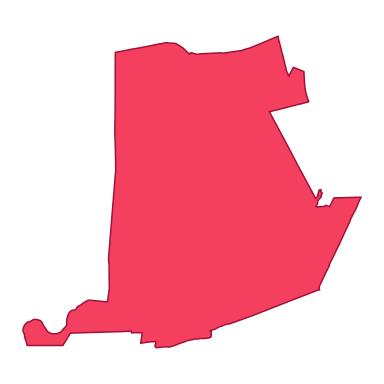 Teslui, Olt, Romania
{"feature_id": "2599482B32514865350694", "entity_name": "Teslui", "entity_type": "district", "adm_level": 2, "iso_a3": "ROU", "parent_name": "Romania", "parent_adm1": "Olt", "projection": "robinson", "projection_center": [24.367, 44.554], "detail": "fine", "context": "isolated", "style": "filled", "palette": "rose", "viewbox_px": 384, "rotation_deg": 0, "n_neighbors": 0, "source": "geoboundaries", "source_scale": "gbopen_adm2", "svg_char_len": 5754}
<svg xmlns="http://www.w3.org/2000/svg" viewBox="0 0 384 384"><path d="M319.5,290.0L319.3,289.2L319.3,288.3L319.2,287.4L319.2,287.0L319.3,286.7L320.0,285.1L320.8,283.3L321.7,281.6L323.6,277.3L324.8,275.0L325.4,273.4L326.7,271.0L327.7,269.0L328.3,267.8L328.9,266.8L329.4,265.6L329.6,263.9L330.3,262.4L331.9,259.5L335.5,252.0L336.5,249.8L338.0,246.9L338.6,245.8L339.1,244.8L339.6,244.0L339.8,243.3L339.9,242.7L340.7,241.1L342.1,238.2L343.2,235.7L344.8,232.3L346.3,229.1L347.4,226.8L349.8,221.6L350.3,220.2L350.7,219.2L351.1,218.3L352.6,215.1L353.9,212.7L355.5,209.8L355.7,209.3L356.2,208.2L357.0,206.6L357.5,205.1L358.6,202.4L358.9,201.8L361.0,197.2L334.0,197.9L333.1,199.5L332.7,200.2L331.7,202.5L329.6,206.6L328.4,206.1L326.0,205.3L325.6,205.8L325.1,205.8L324.8,206.1L324.7,206.4L319.0,206.7L316.1,206.9L316.1,206.6L316.1,206.0L316.5,205.2L317.0,204.8L317.3,204.1L317.6,203.2L317.6,202.8L317.7,202.2L317.7,201.7L317.9,201.1L318.0,200.7L318.3,200.4L318.6,199.7L318.9,199.4L319.3,198.9L319.9,198.4L320.4,198.0L320.7,197.5L321.1,197.0L321.2,196.7L321.2,196.2L321.2,195.5L321.4,195.1L321.4,194.8L321.6,194.4L321.9,193.8L322.2,193.2L322.1,192.8L321.9,192.5L321.7,192.3L321.5,192.2L321.2,191.8L321.2,191.6L321.0,191.4L320.8,191.1L320.5,190.7L320.6,190.4L320.9,190.2L321.2,189.9L321.7,189.7L321.3,189.8L320.7,189.8L319.3,189.9L319.1,190.2L319.0,190.8L318.3,192.8L318.2,193.4L318.1,194.0L317.8,194.7L317.7,195.1L317.5,196.2L317.3,196.6L317.1,196.9L315.6,198.4L298.2,166.0L289.0,148.4L269.4,111.7L279.0,109.4L285.6,107.7L290.6,106.4L306.5,102.4L308.0,102.0L308.5,101.9L308.7,101.7L308.7,101.3L308.7,101.1L308.6,100.9L307.7,98.9L307.5,98.4L306.1,93.4L305.7,92.1L305.2,89.1L304.7,85.2L304.5,81.8L304.0,73.4L303.9,71.8L303.9,71.6L300.4,70.1L298.7,69.5L297.1,68.7L293.3,67.4L290.3,73.3L289.8,73.8L289.6,74.0L289.7,74.3L289.3,74.9L289.2,75.3L289.0,75.5L288.9,75.9L288.5,75.5L288.1,74.7L287.9,74.2L287.6,73.4L287.2,72.8L287.0,72.2L286.8,71.3L286.6,70.8L286.3,70.0L285.4,65.9L285.1,64.9L284.8,63.6L284.6,63.1L284.4,62.3L284.2,61.3L283.9,60.0L283.6,58.9L283.4,57.9L283.3,57.2L282.8,55.2L282.3,53.7L282.2,53.4L282.1,53.0L281.5,50.9L281.2,49.1L281.0,48.5L280.6,46.8L280.4,46.2L280.0,44.9L279.9,44.4L279.9,44.2L279.6,43.4L279.4,42.1L279.0,41.0L279.0,40.6L278.8,40.3L278.6,39.3L278.4,38.1L278.2,37.1L278.2,36.4L277.7,36.4L277.2,36.6L275.5,37.3L274.6,37.7L271.8,38.8L269.7,39.7L266.2,41.2L265.6,41.5L263.7,42.3L262.9,42.7L261.8,43.1L260.6,43.6L258.6,44.5L258.4,44.4L256.2,45.4L251.7,47.2L250.0,47.9L249.1,48.2L247.8,48.5L246.0,49.0L243.5,49.9L242.9,50.0L242.5,50.2L242.5,50.4L221.8,53.3L221.3,52.8L202.3,53.7L201.0,53.8L199.9,53.9L199.2,54.0L197.9,54.3L197.6,54.4L197.2,54.3L195.6,54.0L194.2,53.6L193.9,53.6L193.1,53.2L192.7,53.0L191.9,52.8L190.7,52.9L190.3,53.0L190.2,53.2L190.1,53.6L189.9,54.0L189.6,54.2L188.8,53.6L185.5,50.4L183.2,48.2L182.0,47.3L179.6,45.8L176.9,44.1L176.2,43.7L175.7,43.6L175.1,43.4L173.1,43.2L172.0,43.1L168.6,43.1L168.0,43.0L167.7,42.9L167.4,42.7L167.2,42.6L166.1,42.7L164.3,43.0L162.7,43.4L161.5,43.6L161.0,43.7L160.3,43.8L159.1,43.9L158.0,44.1L156.9,44.4L151.5,45.5L149.3,45.9L147.5,46.4L145.8,46.7L144.7,46.9L142.4,47.3L137.7,48.2L136.7,48.3L133.4,48.9L133.2,48.9L127.1,50.1L115.3,52.4L115.2,75.8L115.2,76.4L115.2,98.4L115.0,121.4L114.9,121.5L114.9,123.3L114.8,132.0L115.3,148.2L115.6,160.6L115.6,164.9L115.7,166.1L115.7,166.6L115.7,166.8L115.7,168.1L115.7,170.8L115.6,171.0L109.0,252.4L108.9,253.6L108.5,259.4L109.1,264.6L109.1,271.6L109.3,288.8L107.4,301.9L89.1,300.1L88.2,300.4L87.5,300.4L86.1,301.4L83.4,302.8L81.1,304.8L77.6,306.5L76.3,308.3L76.1,309.1L74.9,310.1L74.2,310.1L72.8,310.1L71.5,310.5L69.9,311.8L68.8,313.3L68.1,314.7L67.8,315.5L67.5,317.0L66.9,318.9L66.6,321.5L66.6,322.9L66.9,324.4L65.8,326.5L63.7,328.5L62.6,330.0L61.2,331.6L59.8,332.6L57.8,333.4L55.0,333.8L52.4,333.7L51.3,333.5L49.1,332.6L48.1,331.9L47.4,331.2L46.6,330.0L45.3,328.2L44.1,326.4L43.1,324.9L42.4,323.0L41.3,321.5L40.0,320.4L37.9,319.8L35.5,319.3L33.8,319.5L32.3,320.2L30.9,321.1L29.6,321.7L28.6,321.8L27.6,322.1L26.3,323.1L25.0,324.5L23.9,326.4L23.3,328.1L23.1,328.7L23.0,330.1L23.1,331.6L23.6,332.8L24.2,333.6L24.5,334.2L24.4,335.0L24.5,335.8L24.8,337.5L25.2,338.7L25.4,339.8L25.6,340.1L26.1,340.8L26.2,341.4L26.4,342.3L26.5,343.0L26.6,343.6L26.7,344.0L26.9,344.5L27.2,345.5L62.9,345.5L70.5,333.1L124.7,331.5L126.0,331.3L127.1,331.3L131.5,331.1L131.5,332.9L134.8,332.7L137.0,332.8L138.8,332.8L138.8,332.6L139.2,332.6L139.2,332.8L142.1,332.8L141.8,335.8L141.5,337.6L140.7,343.3L142.2,343.0L149.8,341.9L152.5,341.7L153.1,341.8L153.4,341.9L155.8,341.5L155.9,342.3L155.8,342.6L155.8,343.1L155.4,344.5L155.2,345.0L155.0,346.0L155.0,346.3L155.1,346.6L156.0,347.6L156.4,347.7L158.5,347.4L159.5,347.4L161.6,347.1L163.2,347.0L166.2,346.8L166.7,346.8L167.7,346.9L168.4,347.0L169.6,347.0L170.0,346.9L170.6,346.8L171.7,346.3L173.7,345.8L174.9,345.4L176.0,345.0L176.6,344.7L178.5,343.9L180.6,343.2L182.5,342.5L183.7,342.1L185.1,341.6L185.5,341.4L186.2,341.2L188.2,340.4L189.7,340.1L191.0,340.0L192.7,339.7L193.5,339.4L194.0,339.2L194.7,339.1L195.8,339.0L196.0,339.0L196.4,339.1L196.8,339.0L197.2,339.1L197.8,339.0L198.5,338.8L200.2,338.6L201.2,338.5L201.8,338.6L202.8,338.6L204.3,338.5L207.0,338.2L207.7,338.1L209.4,337.8L210.3,337.5L210.6,337.3L211.1,336.6L211.2,335.5L211.3,334.5L211.3,333.7L211.4,333.2L211.4,332.5L211.4,332.0L211.3,331.7L211.1,331.6L210.2,331.0L210.0,330.7L213.3,329.7L215.2,329.1L215.7,328.8L216.1,328.6L216.7,327.9L217.4,328.0L217.6,327.8L219.0,326.9L219.8,326.8L220.7,326.5L222.6,325.8L224.5,324.9L225.6,324.6L228.1,323.9L228.7,323.9L229.2,324.0L229.6,323.9L230.7,323.3L232.9,322.7L234.4,322.1L235.1,322.0L238.9,320.4L239.0,320.5L252.1,315.8L288.0,301.7L317.1,290.4L318.4,290.0L319.5,290.0Z" fill="#f43f5e" stroke="#9f1239" stroke-width="1.5"/></svg>